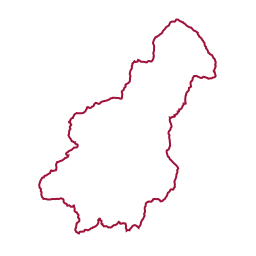 the district of La Union, Arequipa, Peru, rotated 173°
{"feature_id": "86281439B24532133151812", "entity_name": "La Union", "entity_type": "district", "adm_level": 2, "iso_a3": "PER", "parent_name": "Peru", "parent_adm1": "Arequipa", "projection": "robinson", "projection_center": [-72.836, -15.108], "detail": "fine", "context": "isolated", "style": "outline", "palette": "rose", "viewbox_px": 256, "rotation_deg": 173, "n_neighbors": 0, "source": "geoboundaries", "source_scale": "gbopen_adm2", "svg_char_len": 5747}
<svg xmlns="http://www.w3.org/2000/svg" viewBox="0 0 256 256"><g transform="rotate(173 128 128)"><path d="M119.5,51.0L117.5,52.3L116.7,52.2L116.3,52.5L113.7,52.0L113.0,52.9L112.3,53.0L111.8,54.2L111.2,54.3L109.6,54.3L108.0,53.8L106.7,53.9L105.0,52.2L104.9,51.6L104.5,51.2L102.7,51.3L101.7,52.3L100.0,53.1L98.9,54.7L97.9,55.5L96.3,58.9L95.1,59.4L93.9,60.6L93.2,61.8L92.7,61.9L90.7,61.3L90.2,61.8L89.9,62.8L88.7,63.7L88.7,65.0L88.3,66.4L88.5,69.1L86.6,72.5L85.9,74.3L85.6,76.1L84.8,77.1L84.2,78.7L84.4,80.0L83.1,81.7L83.4,82.9L84.4,84.7L87.6,88.5L89.2,90.9L90.2,91.8L90.9,94.1L91.8,94.7L92.5,98.2L92.5,100.4L92.1,101.1L90.6,101.6L89.7,102.5L89.1,104.2L88.6,104.7L88.3,106.0L88.1,111.1L88.3,113.9L87.7,115.7L88.4,117.0L88.4,118.4L87.7,119.9L86.2,121.0L85.7,122.7L84.8,123.7L84.5,124.4L84.9,127.2L85.4,128.6L85.6,130.6L85.5,131.5L85.0,132.7L85.1,133.2L84.1,132.8L82.7,133.6L81.5,133.7L80.9,133.4L80.1,133.8L80.0,134.1L80.3,135.2L77.9,135.8L77.4,136.2L76.6,137.4L76.6,138.2L75.8,138.0L75.3,138.3L74.9,140.2L74.2,140.0L73.3,140.3L72.0,141.6L71.0,143.3L70.2,144.0L69.9,145.5L68.8,145.1L67.8,145.2L67.7,146.1L68.0,147.6L67.7,148.7L67.7,149.6L66.8,153.2L66.3,153.6L66.1,155.0L64.8,156.7L63.7,157.3L63.2,157.8L62.5,160.5L61.1,160.9L60.5,161.3L60.3,161.7L60.6,164.4L59.9,166.4L58.6,167.1L58.0,168.1L57.9,169.2L56.2,171.5L53.5,171.3L52.7,170.6L49.6,168.8L48.4,168.7L48.0,169.2L46.8,169.7L46.0,169.2L44.7,168.9L44.0,168.3L42.8,167.9L42.5,167.3L42.1,167.1L40.4,167.3L38.9,167.1L37.9,167.7L36.5,167.7L35.6,168.0L34.6,169.0L35.2,172.3L35.1,172.8L35.7,173.2L36.0,174.1L35.5,174.5L34.3,177.1L33.6,177.9L33.6,179.0L33.4,179.4L33.8,180.0L33.5,180.5L33.5,181.0L33.2,181.3L32.9,183.2L33.4,184.0L33.5,185.8L34.8,187.1L34.9,188.1L35.3,188.7L35.4,189.4L35.7,190.1L36.7,190.6L38.0,191.7L38.1,192.3L39.0,192.8L39.7,196.0L40.9,197.7L40.6,198.9L41.2,199.5L41.8,200.8L41.7,203.1L42.7,204.5L42.8,205.4L43.9,206.8L44.2,208.1L46.3,210.2L46.3,211.0L47.4,212.7L47.4,213.5L47.1,214.0L49.4,216.1L50.6,216.5L51.8,218.0L52.9,219.9L54.6,220.4L55.5,221.0L57.4,222.5L58.9,224.7L60.0,225.2L60.6,226.4L61.6,226.5L62.2,227.2L63.2,227.6L65.2,229.5L66.8,229.8L67.8,228.8L68.0,228.2L68.6,227.9L71.7,228.3L73.2,227.7L75.0,224.7L77.8,223.5L79.0,222.1L81.5,220.0L82.6,218.1L84.7,217.1L85.7,216.2L87.5,215.6L88.3,214.9L89.7,214.8L90.3,213.7L91.3,212.7L92.9,209.3L92.2,207.0L92.1,205.3L92.4,204.5L92.7,201.7L93.8,199.2L93.5,197.4L93.7,196.6L93.6,196.3L93.9,195.8L93.9,195.0L94.6,193.4L95.9,191.6L96.4,191.5L96.8,191.2L97.9,191.4L98.7,191.9L99.7,191.9L101.0,191.3L101.2,190.9L101.9,190.9L104.7,191.9L105.6,191.9L107.2,192.3L108.2,193.5L109.7,194.3L110.3,192.8L112.6,192.6L113.5,193.5L114.9,191.9L115.6,191.7L115.9,191.2L116.0,189.9L116.7,189.0L116.8,186.8L118.5,184.8L119.5,182.2L119.7,181.0L119.3,179.8L119.3,178.8L119.8,178.0L120.5,174.1L121.8,172.8L125.0,171.4L125.4,170.9L125.2,169.7L125.5,169.1L126.9,168.2L127.8,166.2L129.6,165.2L129.8,164.5L129.5,162.0L130.1,160.3L130.0,159.3L130.9,157.9L131.4,158.2L132.3,158.1L133.4,158.8L139.2,159.9L139.5,159.6L141.8,159.5L142.6,158.8L145.5,157.9L150.3,157.4L151.9,156.8L152.9,155.8L153.7,155.5L154.5,155.6L156.2,156.7L157.1,156.9L158.8,155.5L159.0,154.7L159.8,153.8L160.8,153.7L162.2,152.7L163.8,152.5L165.2,153.7L165.8,153.6L166.3,153.2L166.6,152.0L167.5,151.2L168.0,150.1L169.2,149.1L171.0,148.3L173.6,148.4L176.7,148.9L177.1,149.1L179.5,148.0L180.7,146.1L181.3,145.5L181.4,144.7L182.4,144.6L183.4,144.0L184.0,143.4L184.3,142.3L185.8,141.3L185.7,140.7L184.8,140.6L184.5,139.1L183.9,138.4L183.9,138.1L185.6,136.3L185.6,135.0L185.2,134.1L186.6,132.7L187.4,129.0L188.0,128.2L187.3,125.9L186.0,123.6L185.5,121.8L184.3,121.4L183.7,120.5L182.2,120.3L182.3,119.3L182.1,118.9L181.2,118.1L180.4,117.9L180.1,117.5L180.0,117.2L180.4,115.5L181.3,115.0L183.9,115.1L186.8,113.1L189.6,112.3L190.8,111.3L192.0,110.9L192.6,110.0L192.5,109.3L191.4,108.3L190.5,108.1L191.6,106.4L193.0,106.0L194.0,106.0L195.0,105.1L197.8,103.6L198.9,103.6L201.5,102.8L202.4,102.9L203.9,100.5L203.8,97.4L204.6,94.9L208.0,94.5L208.7,94.7L209.0,95.2L209.5,95.2L210.1,94.6L210.8,92.8L213.7,91.6L214.9,90.8L216.4,90.8L216.9,90.4L217.5,89.2L219.1,89.2L221.6,85.9L223.1,82.3L223.0,79.4L221.8,78.0L222.3,75.9L221.6,74.9L221.6,74.5L222.2,72.6L221.6,69.7L220.9,68.9L220.6,67.9L218.8,67.8L216.6,66.9L213.9,66.5L211.6,66.8L210.8,66.5L209.1,66.5L208.5,66.2L207.2,66.4L205.7,65.9L203.1,66.4L201.0,65.3L200.7,64.4L200.9,62.8L200.6,61.8L199.9,61.0L198.2,60.2L197.7,58.3L195.8,58.4L195.0,57.8L194.6,57.0L192.9,56.6L192.0,56.9L191.6,57.6L191.1,57.6L191.2,56.3L190.7,54.6L191.2,52.2L190.4,51.1L189.1,50.5L189.1,50.1L188.8,49.2L188.1,48.5L187.8,47.8L187.7,47.4L188.1,46.9L188.5,45.2L187.9,44.7L187.8,44.0L187.4,43.6L187.7,41.4L190.7,39.6L190.7,38.8L191.1,38.1L191.2,37.2L191.7,35.7L192.0,34.9L192.6,34.3L192.8,33.2L192.4,32.6L192.3,31.5L191.7,30.8L190.8,30.5L190.3,29.7L189.6,29.3L188.7,30.6L188.3,30.9L184.4,30.6L183.9,31.0L183.6,31.8L183.0,32.2L181.5,31.9L180.3,31.3L178.8,31.8L176.9,32.9L175.4,33.1L174.8,33.8L173.5,33.8L171.7,34.7L170.1,35.8L169.0,37.7L168.5,39.2L168.9,40.2L167.5,41.5L167.1,41.5L166.9,41.3L167.1,40.4L165.6,39.1L166.1,36.3L165.7,35.8L165.0,35.7L164.9,34.4L164.2,33.9L163.9,33.3L161.4,33.2L160.3,32.4L160.1,32.0L159.3,31.6L158.4,31.7L157.4,31.3L156.3,31.6L155.0,32.8L154.4,32.8L153.7,33.3L152.5,33.2L150.9,33.8L148.6,36.0L147.6,35.1L147.6,34.3L147.3,33.9L146.5,33.8L144.1,34.2L143.0,33.5L142.1,33.4L141.8,30.8L142.4,29.1L141.9,27.9L141.9,26.2L140.9,26.8L138.9,26.3L138.4,27.5L137.3,28.2L135.6,30.0L135.0,30.4L133.3,30.8L132.6,30.6L131.5,29.9L129.6,27.6L129.2,28.6L128.0,29.5L127.6,30.1L127.0,31.3L126.5,33.1L124.8,35.4L124.2,35.7L122.6,38.5L122.2,38.8L122.5,40.9L121.7,41.9L121.3,43.0L121.2,46.6L120.4,48.1L120.0,48.4L119.5,51.0Z" fill="none" stroke="#9f1239" stroke-width="2"/></g></svg>